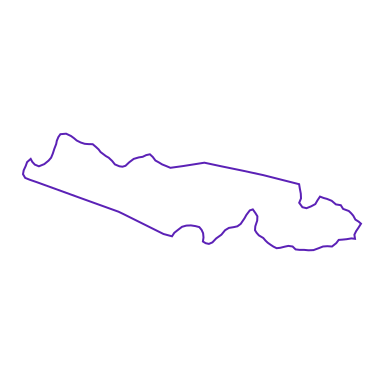 outline of Ubaitaba, Bahia, Brazil
{"feature_id": "56859067B94631284675469", "entity_name": "Ubaitaba", "entity_type": "district", "adm_level": 2, "iso_a3": "BRA", "parent_name": "Brazil", "parent_adm1": "Bahia", "projection": "orthographic", "projection_center": [-39.41, -14.263], "detail": "fine", "context": "isolated", "style": "outline", "palette": "violet", "viewbox_px": 384, "rotation_deg": 0, "n_neighbors": 0, "source": "geoboundaries", "source_scale": "gbopen_adm2", "svg_char_len": 1836}
<svg xmlns="http://www.w3.org/2000/svg" viewBox="0 0 384 384"><path d="M332.0,246.5L336.2,243.2L338.7,239.9L342.6,239.6L346.6,239.2L351.4,238.4L355.0,238.8L354.4,234.7L356.1,231.2L358.2,228.1L361.0,223.7L358.6,221.6L355.4,219.6L353.2,215.6L351.1,213.2L348.8,211.0L343.1,208.9L340.8,205.2L335.9,204.4L331.7,200.8L327.0,198.9L323.7,198.0L320.0,196.6L317.5,200.3L315.3,204.1L311.0,206.4L306.5,208.2L302.4,207.2L299.2,202.8L301.0,198.4L300.8,193.7L299.8,188.4L299.1,184.2L263.2,175.1L242.8,170.7L221.3,166.3L204.4,162.7L182.8,166.1L170.4,167.8L166.1,166.0L162.1,164.4L159.0,162.5L155.4,160.5L152.8,157.0L149.9,154.3L146.2,155.1L142.7,156.8L138.8,157.4L133.7,158.9L129.2,162.3L125.5,165.8L122.5,166.7L119.4,166.3L114.9,164.4L112.1,160.9L108.7,157.7L105.9,156.1L103.4,154.2L100.6,152.1L98.6,149.4L96.0,147.0L92.7,144.2L88.5,144.1L84.7,143.8L80.7,142.5L76.7,140.5L74.0,138.2L71.0,136.0L66.1,133.7L60.4,134.2L58.4,137.0L56.8,140.8L56.2,144.0L54.3,148.9L52.8,153.6L51.1,157.7L48.6,160.6L44.3,164.1L38.9,166.3L34.8,164.6L32.3,161.9L30.7,158.9L27.1,162.1L25.7,166.0L23.7,170.3L23.0,174.2L25.2,177.9L29.9,179.8L36.9,182.2L79.9,197.8L118.5,211.7L123.3,214.0L163.5,234.0L172.0,236.3L174.3,232.8L177.7,230.1L182.0,226.8L186.3,225.6L190.9,225.4L195.5,226.1L199.3,227.1L201.6,229.9L203.1,233.2L203.5,237.5L202.9,241.5L205.7,243.2L208.9,243.9L212.4,242.4L216.2,238.4L221.4,234.7L225.1,230.2L228.9,227.9L233.9,227.1L237.4,226.3L240.7,223.9L244.5,218.3L246.4,214.9L249.8,210.4L252.8,209.4L255.5,213.2L257.4,216.3L257.2,220.6L255.3,226.3L255.0,230.2L256.6,232.8L258.9,235.4L263.3,238.0L265.5,240.6L267.7,242.7L270.5,244.7L273.4,246.6L276.6,248.2L280.2,247.8L285.0,246.6L288.4,245.9L292.6,246.5L295.6,249.4L299.8,249.9L304.4,249.9L308.5,250.3L313.5,250.1L318.7,248.2L323.0,246.5L327.3,246.2L332.0,246.5Z" fill="none" stroke="#5b21b6" stroke-width="2"/></svg>